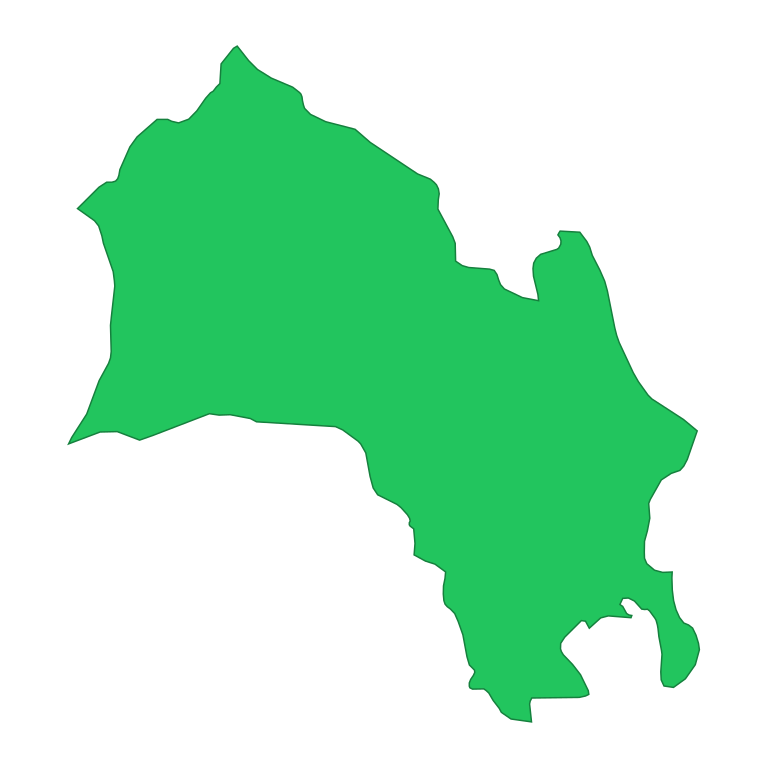 an SVG outline of Buskerud
{"feature_id": "NOR-918", "entity_name": "Buskerud", "entity_type": "County", "adm_level": 1, "iso_a3": "NOR", "parent_name": "Norway", "parent_adm1": "", "projection": "albers", "projection_center": [9.402, 60.275], "detail": "fine", "context": "isolated", "style": "filled", "palette": "green", "viewbox_px": 768, "rotation_deg": 0, "n_neighbors": 0, "source": "natural_earth", "source_scale": "10m", "svg_char_len": 3024}
<svg xmlns="http://www.w3.org/2000/svg" viewBox="0 0 768 768"><path d="M672.2,572.0L671.9,577.8L672.3,590.1L673.6,600.7L676.0,609.7L679.5,617.5L683.8,623.0L688.6,625.0L692.6,628.1L696.0,635.2L698.5,643.4L699.4,649.7L695.3,664.7L685.4,678.8L673.5,687.4L664.0,686.0L661.2,679.9L660.8,671.8L662.0,654.3L661.5,650.5L658.9,636.7L658.0,628.5L657.4,625.0L656.1,620.3L655.0,618.3L650.3,611.9L649.6,610.9L647.4,609.2L646.0,609.4L645.8,609.4L644.7,609.5L641.7,609.1L634.4,601.0L628.4,598.0L622.7,598.4L619.9,604.5L622.7,606.4L626.6,613.5L629.0,615.0L631.8,615.5L631.0,617.7L608.3,615.9L600.7,617.9L589.3,628.2L585.5,621.2L581.4,620.6L564.7,637.2L560.7,643.3L560.5,648.9L561.4,651.6L563.3,654.8L572.6,664.5L580.5,674.7L588.3,690.7L588.7,693.7L588.8,693.9L588.8,694.4L585.5,696.0L579.2,697.4L531.8,698.0L530.2,701.1L529.6,704.0L531.5,721.9L511.0,719.0L501.4,712.4L499.2,708.3L493.2,700.5L488.8,693.0L486.0,690.4L483.8,688.9L472.5,689.1L469.9,687.8L469.3,686.2L469.3,682.9L470.7,679.4L473.4,675.4L474.8,672.3L474.4,670.0L469.4,665.0L467.0,656.8L462.9,634.8L458.2,621.5L454.7,613.5L450.4,609.0L447.3,606.7L445.1,604.2L443.9,600.6L443.3,594.1L443.5,585.9L445.0,578.4L445.6,571.9L434.9,564.1L425.5,561.1L414.1,554.9L415.0,543.5L413.7,528.8L410.2,526.2L409.3,524.8L409.3,522.7L410.2,521.0L409.6,518.3L407.5,514.8L401.1,507.7L397.0,504.4L377.7,494.8L373.2,488.0L370.1,476.5L365.8,452.9L360.7,443.9L358.0,441.1L342.7,429.9L335.5,426.6L256.5,421.8L250.3,418.5L230.2,414.7L219.1,415.1L209.4,413.7L152.7,435.5L139.6,440.1L117.2,431.6L100.1,432.0L68.6,443.9L71.7,437.5L86.7,414.1L99.2,380.5L108.6,363.3L110.5,357.9L111.2,351.5L110.5,325.3L111.4,316.5L114.8,286.1L114.4,281.0L113.2,271.6L103.4,243.2L101.9,235.9L98.7,226.0L94.5,220.7L77.5,208.6L99.0,187.2L106.7,182.2L112.0,182.2L115.6,181.1L117.7,178.7L118.9,175.3L119.9,169.6L129.9,146.9L137.1,136.9L157.1,119.4L167.7,119.4L171.7,121.3L178.6,122.9L188.7,119.2L196.8,110.9L205.7,98.2L210.5,92.8L213.2,91.2L216.4,87.0L219.9,83.6L221.1,63.9L233.5,48.3L237.2,46.1L248.6,60.6L257.5,69.5L271.3,78.1L292.7,87.2L299.5,92.5L300.8,93.9L301.2,94.8L302.0,96.9L302.5,100.8L303.5,105.2L304.6,108.4L310.5,114.4L325.7,121.7L355.1,129.3L370.2,142.4L417.5,173.9L430.4,179.2L434.2,182.4L436.5,184.9L438.4,188.9L439.2,193.8L438.3,199.7L437.9,209.1L452.7,236.7L455.2,243.3L455.6,261.1L462.2,265.6L468.7,267.5L489.5,269.1L494.2,270.4L497.0,274.6L498.6,279.8L500.5,284.6L504.4,289.0L522.4,297.6L538.6,300.7L537.9,294.4L533.5,276.2L533.0,268.5L533.7,263.1L536.3,258.2L540.7,254.3L556.8,249.4L558.7,248.1L560.8,244.2L561.0,240.9L560.0,237.7L557.9,234.9L559.0,232.8L560.1,231.1L579.8,232.2L586.8,241.5L589.7,247.1L592.3,255.4L599.9,270.2L604.7,281.2L607.4,291.0L614.8,328.0L616.7,335.5L619.2,342.6L633.2,372.6L638.4,381.7L648.0,395.1L651.9,399.0L683.5,419.5L697.2,430.9L687.3,459.4L683.7,466.2L679.9,470.4L671.2,473.4L661.3,479.9L650.3,499.4L648.7,503.4L649.8,518.2L647.4,530.7L644.5,541.3L644.3,552.3L644.5,558.3L646.8,563.7L654.5,570.2L662.7,572.4L672.2,572.0Z" fill="#22c55e" stroke="#15803d" stroke-width="1.5"/></svg>